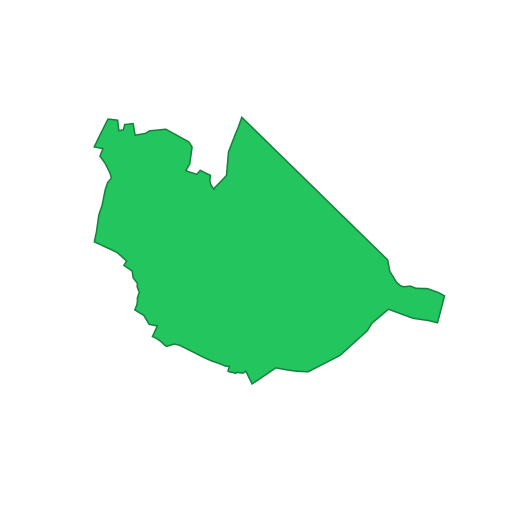 Baure, Katsina, Nigeria, rotated 25°
{"feature_id": "59680162B19484855656708", "entity_name": "Baure", "entity_type": "district", "adm_level": 2, "iso_a3": "NGA", "parent_name": "Nigeria", "parent_adm1": "Katsina", "projection": "natural_earth1", "projection_center": [8.765, 12.798], "detail": "fine", "context": "isolated", "style": "filled", "palette": "green", "viewbox_px": 512, "rotation_deg": 25, "n_neighbors": 0, "source": "geoboundaries", "source_scale": "gbopen_adm2", "svg_char_len": 1853}
<svg xmlns="http://www.w3.org/2000/svg" viewBox="0 0 512 512"><g transform="rotate(25 256 256)"><path d="M63.3,225.5L71.9,223.4L72.4,231.5L80.3,235.9L88.1,242.1L89.1,243.0L92.0,246.6L90.5,252.0L91.3,259.5L95.1,275.1L95.6,280.0L96.2,285.2L101.2,301.6L103.5,311.5L128.7,311.5L140.9,315.3L140.2,320.3L150.2,322.0L153.9,327.7L160.2,331.0L160.8,333.1L161.3,334.0L163.0,335.9L164.4,337.1L165.6,338.1L165.8,340.7L166.1,342.5L166.3,344.6L167.1,345.8L168.0,348.3L168.6,350.2L169.0,356.1L179.2,357.2L179.3,357.2L188.0,363.1L196.1,361.1L196.2,372.8L198.6,372.7L202.3,373.0L206.2,373.8L211.3,375.5L213.2,375.7L219.1,370.3L224.5,369.2L251.6,370.0L259.8,369.9L269.3,368.9L274.8,368.7L278.5,367.3L278.9,370.3L279.3,372.2L280.4,372.3L282.2,372.0L284.1,371.2L284.7,371.4L286.1,371.2L287.5,370.7L287.6,370.1L287.9,369.4L289.5,369.0L291.2,368.5L292.6,368.0L293.5,367.8L293.9,367.3L294.5,366.5L294.8,366.0L294.9,365.8L294.9,365.5L295.1,365.3L295.4,365.0L295.5,364.7L306.5,373.6L312.6,363.6L321.2,349.0L331.6,346.3L340.6,343.6L352.1,339.0L374.0,310.8L376.5,305.1L388.5,276.6L389.5,268.0L398.5,248.3L423.6,246.2L426.0,245.7L439.7,241.6L448.7,239.8L446.9,229.6L443.7,212.5L437.2,212.0L425.1,213.1L414.5,217.7L408.7,218.0L403.0,221.4L399.6,221.9L394.4,220.4L383.7,213.3L377.0,203.9L359.3,197.7L355.9,196.5L340.2,191.0L333.7,188.7L319.1,183.6L302.0,177.6L289.3,173.1L269.1,166.0L251.5,159.8L228.3,151.7L210.5,145.4L184.5,136.3L185.5,146.2L185.9,155.9L187.1,173.4L195.2,195.5L193.8,199.8L189.7,211.6L189.8,212.2L189.7,213.2L188.4,212.6L185.3,210.8L182.2,207.0L180.6,202.1L174.5,202.1L169.3,201.9L167.8,207.0L160.2,208.0L156.2,208.3L157.1,200.7L152.0,184.2L146.9,181.0L120.7,179.2L106.6,187.6L104.1,191.5L102.0,193.0L95.4,197.6L88.7,187.9L81.4,192.4L82.5,197.5L78.8,200.4L73.2,191.4L64.0,194.4L63.4,214.0L63.3,225.5Z" fill="#22c55e" stroke="#15803d" stroke-width="1.5"/></g></svg>